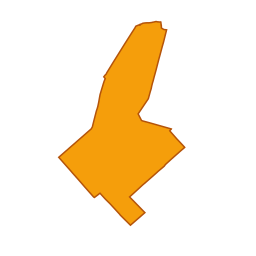 the district of Lunca, Teleorman, Romania, rotated 156°
{"feature_id": "2599482B88621270188908", "entity_name": "Lunca", "entity_type": "district", "adm_level": 2, "iso_a3": "ROU", "parent_name": "Romania", "parent_adm1": "Teleorman", "projection": "equal_earth", "projection_center": [24.774, 43.859], "detail": "fine", "context": "isolated", "style": "filled", "palette": "amber", "viewbox_px": 256, "rotation_deg": 156, "n_neighbors": 0, "source": "geoboundaries", "source_scale": "gbopen_adm2", "svg_char_len": 1595}
<svg xmlns="http://www.w3.org/2000/svg" viewBox="0 0 256 256"><g transform="rotate(156 128 128)"><path d="M74.4,217.6L74.5,217.7L74.8,217.2L75.5,217.2L75.7,217.7L78.0,217.8L79.5,217.8L81.0,216.6L86.2,213.2L96.9,206.1L104.3,201.1L114.1,194.5L124.9,187.1L125.8,186.3L126.3,186.0L127.5,185.6L129.3,184.6L128.7,182.4L130.8,180.4L132.6,178.4L138.2,171.9L139.9,169.9L141.7,167.3L143.9,164.0L146.7,160.1L148.3,158.2L149.9,156.5L156.7,147.9L159.5,144.3L160.2,143.4L162.1,142.1L203.2,129.4L201.1,122.7L197.6,111.6L197.0,109.5L193.5,98.4L191.3,91.1L187.5,79.1L187.0,78.2L186.9,78.2L182.2,79.3L181.1,79.6L180.1,79.8L177.5,71.9L175.3,66.3L172.7,58.6L170.7,52.6L170.5,51.6L168.1,45.4L166.7,41.8L165.3,38.2L165.0,38.3L147.0,43.8L154.6,64.4L149.4,66.1L137.8,70.0L133.4,71.3L120.0,75.5L118.3,76.1L110.7,78.3L110.2,78.5L108.7,79.4L102.1,81.6L89.8,85.5L84.1,87.2L84.2,87.7L87.9,98.4L90.8,107.7L91.0,108.5L88.9,109.4L88.8,109.5L102.0,120.5L106.8,124.5L112.1,128.8L112.6,129.5L113.0,136.6L113.0,136.8L97.5,146.5L93.0,152.0L90.8,154.5L89.1,156.9L87.3,159.2L85.8,160.9L83.6,163.7L80.4,167.6L78.6,169.8L77.1,171.7L72.0,178.1L69.3,181.4L66.3,185.1L63.3,188.8L60.7,191.9L52.8,202.0L55.2,203.4L56.8,205.8L56.0,207.7L55.9,208.0L56.0,208.0L55.9,208.4L55.2,210.5L54.9,211.5L55.0,211.6L55.3,211.7L56.3,212.1L57.1,212.6L57.5,212.8L57.9,213.0L58.2,213.2L58.4,213.4L59.1,213.9L61.4,214.3L61.9,214.5L62.4,214.5L62.5,214.6L63.6,214.8L65.9,215.5L66.2,215.6L67.7,216.3L69.0,216.8L70.2,217.2L71.2,217.5L71.6,217.6L72.3,217.7L72.6,217.6L73.1,217.6L74.0,217.6L74.4,217.6Z" fill="#f59e0b" stroke="#b45309" stroke-width="1.5"/></g></svg>